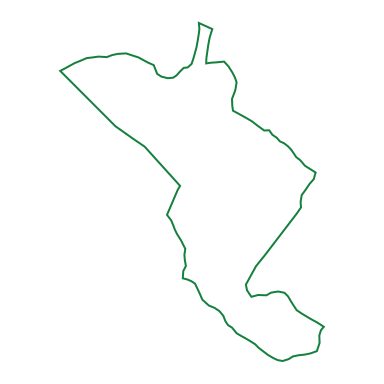 Alhandra, Paraíba, Brazil (Robinson projection)
{"feature_id": "56859067B57617838189099", "entity_name": "Alhandra", "entity_type": "district", "adm_level": 2, "iso_a3": "BRA", "parent_name": "Brazil", "parent_adm1": "Paraíba", "projection": "robinson", "projection_center": [-34.923, -7.354], "detail": "fine", "context": "isolated", "style": "outline", "palette": "green", "viewbox_px": 384, "rotation_deg": 0, "n_neighbors": 0, "source": "geoboundaries", "source_scale": "gbopen_adm2", "svg_char_len": 1778}
<svg xmlns="http://www.w3.org/2000/svg" viewBox="0 0 384 384"><path d="M315.6,172.5L310.6,169.3L305.0,165.8L300.2,160.2L296.2,157.1L291.3,149.8L288.0,146.3L284.1,143.3L279.8,141.3L276.8,137.8L272.4,134.8L269.2,130.3L264.2,130.5L257.6,125.7L251.9,121.3L246.3,118.0L233.0,110.7L232.3,106.0L232.0,99.0L235.3,90.2L236.6,82.4L235.0,77.7L232.6,72.9L228.5,66.4L224.1,61.6L215.9,62.4L211.0,62.7L206.2,63.4L206.4,58.1L208.2,45.4L209.7,37.4L212.3,29.1L198.9,23.0L199.4,29.3L198.7,34.4L197.6,41.3L196.5,47.3L194.7,53.9L193.2,59.1L191.6,63.9L187.8,67.4L183.7,67.9L179.9,71.6L176.7,75.3L173.1,77.7L167.8,78.2L161.4,76.6L157.2,73.9L153.7,65.1L148.2,62.7L138.4,57.4L126.0,53.4L117.7,53.9L112.0,55.1L106.9,57.1L98.5,56.6L92.8,57.4L86.7,58.1L80.9,60.6L74.9,63.0L69.9,65.7L65.0,68.4L60.2,70.9L115.5,126.3L133.6,139.1L144.6,146.6L180.1,185.9L177.7,189.9L167.0,214.9L171.2,220.4L173.1,224.9L174.9,229.7L177.1,234.2L181.0,240.3L183.2,244.7L185.3,248.9L184.4,254.7L184.8,259.8L185.9,266.0L183.3,271.0L182.8,278.3L187.4,279.5L191.4,281.2L195.0,283.6L197.4,288.6L199.6,293.3L202.3,299.6L208.8,305.5L214.6,307.9L219.4,311.1L223.3,315.8L225.4,321.1L228.0,325.1L232.0,327.6L236.7,333.3L241.6,336.2L245.5,338.3L250.5,341.3L255.1,344.2L258.7,347.9L262.7,350.9L267.9,354.9L273.4,358.1L277.7,360.1L282.7,361.0L288.7,359.1L293.0,356.4L298.9,355.2L304.8,354.6L310.5,353.4L316.9,351.1L319.6,342.9L319.3,335.6L320.9,330.3L323.8,326.8L320.2,324.4L316.5,322.1L311.3,319.3L305.9,316.1L301.3,313.3L296.6,310.1L293.6,305.5L290.7,300.9L288.0,296.3L284.5,292.8L278.3,291.5L271.2,292.6L266.4,295.3L258.1,295.0L251.4,296.8L247.0,290.3L245.9,284.6L256.0,266.2L265.5,254.4L297.1,213.1L301.0,207.4L300.6,201.9L301.7,195.1L305.5,189.9L309.5,184.0L313.8,179.1L315.6,172.5Z" fill="none" stroke="#15803d" stroke-width="2"/></svg>